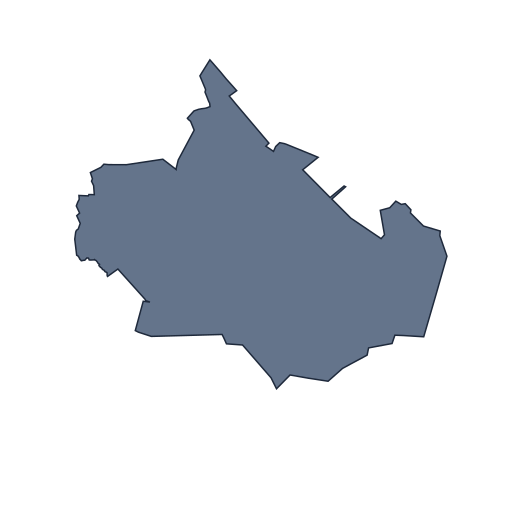 outline of San Javier, Sonora, Mexico, rotated 128°
{"feature_id": "50627088B99780541835919", "entity_name": "San Javier", "entity_type": "district", "adm_level": 2, "iso_a3": "MEX", "parent_name": "Mexico", "parent_adm1": "Sonora", "projection": "mercator", "projection_center": [-109.729, 28.612], "detail": "fine", "context": "isolated", "style": "filled", "palette": "slate", "viewbox_px": 512, "rotation_deg": 128, "n_neighbors": 0, "source": "geoboundaries", "source_scale": "gbopen_adm2", "svg_char_len": 2865}
<svg xmlns="http://www.w3.org/2000/svg" viewBox="0 0 512 512"><g transform="rotate(128 256 256)"><path d="M137.6,373.0L134.8,388.5L132.9,397.0L129.8,413.1L145.2,411.5L148.6,411.1L155.5,398.8L155.7,398.5L155.9,398.3L156.1,398.1L156.4,397.9L156.7,397.7L157.0,397.6L157.7,397.3L158.1,397.2L158.3,397.0L160.6,393.0L163.0,389.0L163.5,388.1L163.9,387.0L164.0,386.8L164.2,386.6L164.6,386.1L164.9,385.8L165.1,385.7L165.3,385.4L165.6,385.2L165.8,384.9L166.6,384.2L167.5,384.8L168.6,385.4L169.0,385.6L169.2,385.8L169.7,386.1L170.0,386.3L171.2,387.3L171.9,388.0L172.2,388.3L172.9,389.0L173.7,389.8L174.1,390.1L174.6,390.5L175.2,391.1L176.1,391.8L177.1,392.4L178.6,393.4L179.9,394.2L189.7,394.9L190.1,393.3L190.1,391.7L190.2,390.4L194.9,382.2L228.2,376.4L236.0,372.9L237.0,372.2L237.1,389.0L246.7,398.1L263.8,414.3L274.6,428.2L277.3,432.4L281.6,432.8L292.2,437.9L295.9,432.4L298.3,431.7L300.5,427.3L307.2,421.2L310.4,425.5L311.9,425.2L317.3,432.8L320.2,430.2L323.4,429.6L327.2,428.4L330.8,421.4L334.6,422.1L338.5,414.6L344.2,412.7L346.3,413.3L348.2,412.8L354.3,409.2L365.8,397.8L365.8,397.7L365.7,397.4L365.7,397.1L365.6,396.9L365.6,396.7L365.6,396.4L365.7,396.2L365.7,395.7L365.9,395.3L366.0,394.9L366.1,394.6L366.2,394.4L366.3,394.3L366.3,394.1L366.4,393.9L366.5,393.7L366.7,393.4L366.9,393.1L366.9,392.8L366.9,392.6L367.0,392.5L367.0,392.3L367.0,392.2L367.0,391.8L367.1,391.6L367.1,391.4L367.2,391.2L367.3,391.0L367.3,390.9L367.3,390.7L367.2,390.6L367.0,390.4L366.0,389.6L365.9,389.6L365.7,389.4L365.5,389.2L365.4,389.1L365.3,388.9L365.2,388.8L365.1,388.7L364.9,388.5L364.8,388.4L364.7,388.3L361.8,388.1L361.7,388.1L361.6,387.9L361.5,387.7L361.4,387.7L361.2,387.4L361.1,387.2L360.9,386.9L360.8,386.7L361.8,385.0L360.9,383.7L358.9,381.4L358.2,381.1L358.4,380.4L358.2,380.1L358.0,379.2L358.2,378.4L358.4,377.2L358.7,376.8L359.0,375.7L358.9,374.2L359.6,374.2L360.1,374.0L360.4,373.4L360.4,372.2L360.8,371.6L360.5,370.8L360.6,369.8L361.1,368.8L360.7,366.5L361.1,366.1L361.3,365.1L360.8,363.7L360.9,363.1L361.2,362.8L363.2,361.1L363.5,360.4L351.3,356.8L358.4,316.8L359.0,315.3L357.6,311.2L360.9,316.7L361.0,316.8L361.1,317.0L361.7,316.7L361.8,316.7L389.1,305.2L388.4,301.7L383.8,289.0L338.7,234.4L340.7,230.3L343.4,225.2L334.4,211.8L342.7,169.2L348.0,158.1L328.8,155.9L320.0,139.4L317.4,134.8L310.3,122.1L291.3,118.6L283.2,115.1L265.7,107.4L259.1,110.7L241.2,94.9L232.9,97.8L228.0,91.0L216.4,74.1L174.1,91.0L154.6,98.9L138.6,105.4L126.8,123.7L122.9,126.2L129.3,142.5L127.0,160.8L124.2,162.4L122.9,170.6L125.9,173.3L126.7,179.6L135.6,180.3L143.5,186.2L160.2,167.8L165.3,168.1L167.8,204.6L164.6,230.5L164.5,231.3L146.3,228.0L146.6,229.7L164.3,233.6L159.3,272.3L140.0,267.8L141.2,272.3L143.7,281.2L149.3,300.9L150.0,302.9L152.1,307.1L157.6,307.9L162.8,306.6L163.4,315.8L159.1,315.3L148.5,366.2L146.4,375.6L137.6,373.0Z" fill="#64748b" stroke="#1e293b" stroke-width="1.5"/></g></svg>